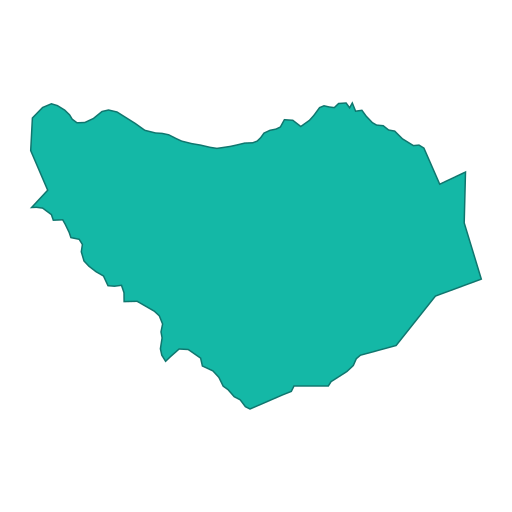 Jardim do Seridó, Rio Grande do Norte, Brazil
{"feature_id": "56859067B35401844693268", "entity_name": "Jardim do Seridó", "entity_type": "district", "adm_level": 2, "iso_a3": "BRA", "parent_name": "Brazil", "parent_adm1": "Rio Grande do Norte", "projection": "robinson", "projection_center": [-36.831, -6.598], "detail": "fine", "context": "isolated", "style": "filled", "palette": "teal", "viewbox_px": 512, "rotation_deg": 0, "n_neighbors": 0, "source": "geoboundaries", "source_scale": "gbopen_adm2", "svg_char_len": 1581}
<svg xmlns="http://www.w3.org/2000/svg" viewBox="0 0 512 512"><path d="M334.3,107.6L329.3,107.0L324.0,105.8L319.6,107.6L313.8,115.5L309.5,120.3L300.8,126.5L292.8,120.3L284.4,119.7L280.4,127.0L276.0,129.1L270.0,130.3L264.0,133.1L260.7,137.7L257.2,141.1L252.7,142.8L244.7,143.1L236.3,145.1L230.4,146.4L222.4,147.6L216.9,148.4L209.9,147.3L200.5,145.1L191.6,143.6L181.6,141.1L176.2,138.6L168.7,134.8L162.1,133.4L155.6,133.0L144.8,130.3L135.3,123.5L117.0,112.0L108.5,110.0L102.0,111.5L93.4,118.5L84.8,122.5L77.0,122.8L72.2,119.2L69.6,114.9L64.7,110.1L57.4,105.6L51.4,103.8L42.6,107.5L32.4,118.0L30.7,150.6L47.7,190.2L31.6,207.5L36.4,207.3L42.6,208.1L51.4,214.6L53.3,220.2L62.7,219.8L65.2,224.2L69.2,232.5L70.9,237.6L79.2,239.3L82.4,244.5L81.3,251.8L84.0,261.0L89.0,266.3L96.0,271.7L103.5,276.0L108.0,285.7L114.5,286.2L121.5,285.3L124.0,292.7L124.1,301.6L137.1,301.3L154.3,311.2L159.3,315.8L162.6,324.0L161.0,331.9L162.1,337.9L160.4,348.8L161.8,355.2L165.6,361.3L170.4,356.7L179.1,349.0L188.2,349.5L200.6,358.1L202.4,366.0L212.9,370.9L218.9,377.4L223.2,386.2L228.0,389.6L234.2,396.7L240.2,399.8L245.4,406.7L250.0,409.0L283.0,394.7L291.3,391.4L294.0,386.0L328.3,386.0L331.1,381.6L346.9,371.5L353.3,365.5L356.3,358.7L360.4,355.2L396.1,345.5L435.4,296.1L440.4,294.2L446.7,291.9L481.3,279.1L464.2,222.9L465.5,172.0L439.7,184.2L423.9,148.1L419.0,145.1L413.4,145.6L402.4,138.8L394.7,131.1L388.6,130.0L383.2,125.7L376.6,125.1L372.3,122.6L366.1,116.1L361.9,110.3L355.6,111.2L352.3,103.0L349.6,107.8L346.1,103.0L338.6,103.5L334.3,107.6Z" fill="#14b8a6" stroke="#0f766e" stroke-width="1.5"/></svg>